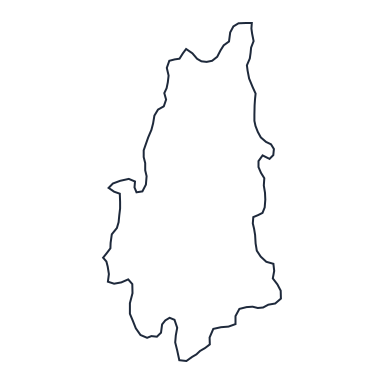 the district of Cantagalo, Minas Gerais, Brazil
{"feature_id": "56859067B48352524880212", "entity_name": "Cantagalo", "entity_type": "district", "adm_level": 2, "iso_a3": "BRA", "parent_name": "Brazil", "parent_adm1": "Minas Gerais", "projection": "robinson", "projection_center": [-42.648, -18.509], "detail": "fine", "context": "isolated", "style": "outline", "palette": "slate", "viewbox_px": 384, "rotation_deg": 0, "n_neighbors": 0, "source": "geoboundaries", "source_scale": "gbopen_adm2", "svg_char_len": 1926}
<svg xmlns="http://www.w3.org/2000/svg" viewBox="0 0 384 384"><path d="M140.5,335.0L147.1,337.8L151.4,336.1L156.9,336.7L161.0,332.7L162.1,324.4L165.3,320.4L169.6,317.8L174.5,319.8L177.2,327.8L175.8,335.4L175.2,342.4L177.2,350.4L179.3,360.2L186.4,361.0L192.1,356.9L196.4,354.4L200.1,350.9L205.1,348.0L209.8,344.4L209.6,337.5L213.3,328.9L221.0,327.2L228.5,326.6L235.5,324.1L235.5,316.1L239.4,308.9L246.6,307.1L252.6,306.7L257.8,308.0L263.1,307.5L268.3,304.7L275.2,303.5L280.9,298.6L280.7,290.7L277.4,284.4L272.8,278.4L274.2,270.9L273.4,263.8L266.3,261.8L260.7,256.6L256.8,250.7L255.6,243.4L255.1,235.0L254.1,228.9L252.8,223.4L253.3,217.1L258.1,215.1L262.5,212.9L264.7,207.4L265.3,199.7L265.0,192.8L263.8,185.5L264.3,178.2L261.0,172.9L258.5,167.1L258.5,161.1L262.6,155.4L269.5,158.9L273.3,155.1L273.9,149.0L271.0,144.3L266.0,141.9L260.8,137.4L257.8,131.9L255.5,126.0L254.4,120.9L254.4,114.7L254.6,105.4L255.0,99.4L255.6,93.6L252.6,87.0L249.1,78.5L247.6,70.7L246.9,65.3L249.8,58.5L250.6,52.8L251.1,47.6L253.6,41.1L252.1,33.6L251.4,28.5L251.8,23.0L245.8,23.0L238.5,23.3L233.4,26.4L230.2,32.4L229.0,41.5L223.7,45.3L220.5,50.4L217.2,56.8L212.1,60.8L206.6,61.9L201.4,61.3L197.1,58.8L192.4,53.3L186.1,49.0L182.9,53.3L179.5,58.7L174.7,59.4L169.3,60.8L166.8,67.9L168.6,75.6L167.8,82.4L166.6,88.2L164.3,93.1L166.1,99.6L163.8,106.3L158.0,109.6L154.4,115.6L153.1,123.4L151.4,129.9L148.2,137.4L145.4,145.4L143.7,150.3L143.7,157.1L145.2,163.1L145.2,170.3L146.6,176.2L145.9,184.6L142.4,191.4L136.5,192.3L134.5,187.4L135.0,181.5L128.8,178.9L120.2,180.8L112.9,183.5L108.6,187.9L114.1,191.7L119.8,193.7L120.1,202.0L120.1,208.5L119.3,215.1L118.6,222.2L116.9,228.0L111.8,234.3L110.6,242.9L110.4,248.3L107.1,252.7L103.1,257.7L106.4,261.5L107.7,266.6L108.9,274.1L107.9,281.7L114.1,283.7L121.3,282.4L128.2,279.4L132.3,284.1L132.5,293.2L129.9,303.2L129.9,313.8L133.0,321.2L135.8,328.3L140.5,335.0Z" fill="none" stroke="#1e293b" stroke-width="2"/></svg>